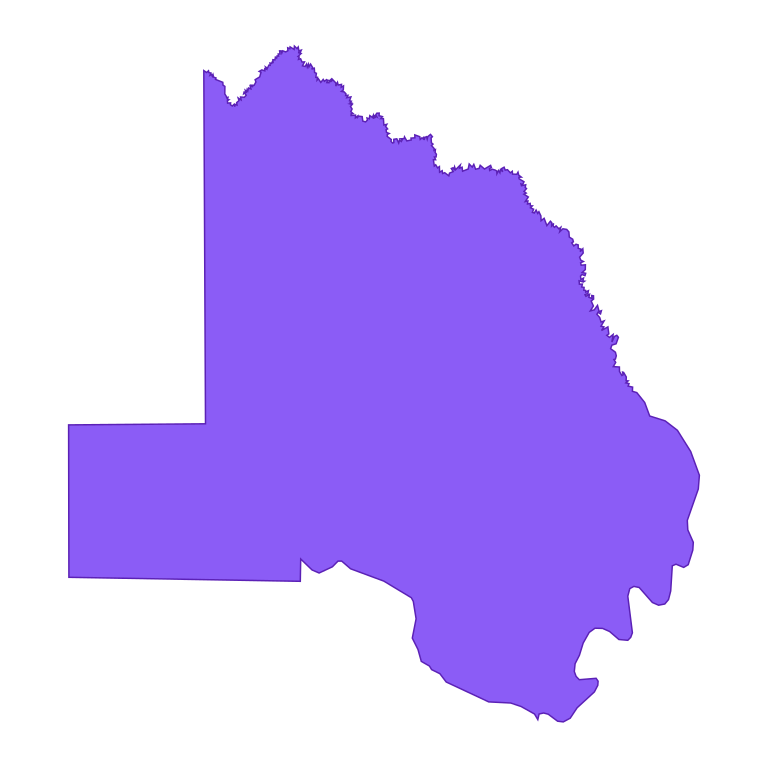 Pilcomayo, Formosa, Argentina
{"feature_id": "61730980B52467636009888", "entity_name": "Pilcomayo", "entity_type": "district", "adm_level": 2, "iso_a3": "ARG", "parent_name": "Argentina", "parent_adm1": "Formosa", "projection": "equal_earth", "projection_center": [-58.184, -25.344], "detail": "fine", "context": "isolated", "style": "filled", "palette": "violet", "viewbox_px": 768, "rotation_deg": 0, "n_neighbors": 0, "source": "geoboundaries", "source_scale": "gbopen_adm2", "svg_char_len": 5985}
<svg xmlns="http://www.w3.org/2000/svg" viewBox="0 0 768 768"><path d="M68.9,577.3L300.3,581.3L300.7,559.0L312.1,570.0L319.1,573.0L332.4,566.8L338.0,561.1L341.7,561.1L350.6,568.8L383.8,581.1L411.3,597.7L413.3,601.4L416.1,618.8L412.3,638.1L418.0,649.5L421.3,661.4L429.4,666.0L431.6,669.6L439.9,673.7L446.2,682.0L488.7,701.9L510.6,703.0L521.1,706.5L534.5,714.0L537.8,719.6L539.1,714.0L543.6,713.0L548.2,714.2L557.6,721.2L563.3,721.9L570.2,718.2L577.1,707.8L594.4,691.9L597.8,685.3L598.1,681.2L596.1,678.3L579.3,679.7L576.1,676.4L574.3,671.5L575.1,663.7L579.4,655.3L583.2,643.0L589.2,632.4L595.0,628.2L602.6,628.4L609.6,631.5L618.9,639.5L627.8,640.3L630.7,637.4L632.4,632.8L627.8,596.2L629.8,588.6L633.9,586.4L639.2,587.5L652.4,602.5L658.6,605.2L664.8,604.0L668.5,599.6L670.7,591.0L672.3,565.8L676.0,564.2L683.7,567.4L688.2,564.7L692.8,550.1L693.3,542.3L687.8,529.9L687.3,520.4L698.3,489.0L699.4,475.3L690.7,451.5L677.4,430.3L665.2,420.9L649.7,416.0L644.7,402.5L636.8,392.6L632.4,391.3L632.6,387.1L628.1,386.1L629.0,383.6L625.9,382.9L628.1,380.9L626.1,380.7L626.3,377.0L623.6,372.4L622.6,372.1L623.1,374.8L621.9,375.5L619.5,371.5L619.4,367.0L613.3,366.6L615.7,362.4L613.9,359.5L615.4,359.1L616.3,355.8L615.4,352.2L610.6,348.7L611.9,345.1L616.1,343.8L618.4,337.3L616.8,335.3L614.4,336.5L611.9,342.0L613.1,334.5L609.4,337.4L606.8,335.3L608.8,333.9L607.9,326.9L601.5,330.5L603.9,326.9L601.0,326.2L604.1,320.9L601.1,322.0L599.7,317.5L596.9,314.3L598.0,312.3L600.5,313.9L601.4,310.7L599.1,311.5L597.5,305.4L594.2,309.9L590.3,310.9L593.4,306.0L591.2,301.0L593.6,299.1L593.5,295.8L591.7,295.5L592.0,298.5L588.9,297.3L589.5,294.3L585.9,296.3L585.0,294.7L587.9,293.5L588.4,290.7L585.7,292.0L585.6,290.4L583.8,290.2L584.1,287.4L581.7,287.0L582.4,284.1L579.4,284.2L579.1,280.8L583.3,282.0L584.5,281.2L582.9,281.0L583.5,278.1L580.9,279.5L580.5,276.1L581.9,274.5L585.0,275.6L585.7,273.3L582.2,272.5L585.3,269.6L585.4,264.8L581.2,265.2L580.6,262.8L583.4,261.5L580.8,260.2L579.6,257.2L583.2,253.0L582.8,248.8L580.2,251.7L580.9,249.1L578.2,248.3L578.2,244.9L576.0,244.2L573.8,245.9L571.7,242.9L573.4,241.8L572.7,239.2L569.3,237.1L568.9,231.9L566.7,229.4L562.9,228.8L559.7,231.8L560.8,227.3L558.9,228.8L556.1,225.9L554.4,227.3L553.1,225.9L553.6,223.4L551.6,225.9L551.7,222.6L550.4,221.2L546.9,225.6L544.1,218.3L541.1,220.7L540.9,215.9L538.9,211.7L537.7,213.4L536.1,210.1L534.3,213.0L532.4,212.4L533.6,209.2L530.5,207.8L532.3,205.9L530.4,205.8L530.2,203.4L527.5,204.0L527.9,200.9L525.3,201.5L528.3,197.0L523.9,194.2L526.2,193.1L524.0,191.4L526.5,188.6L525.2,187.4L525.7,184.8L521.5,185.7L521.0,184.0L522.6,184.6L524.0,181.8L519.1,178.8L518.9,177.3L521.3,177.1L518.7,175.1L518.0,172.2L516.8,174.3L512.5,174.1L512.3,171.3L510.3,172.8L507.5,169.7L505.2,170.1L504.1,167.2L501.4,168.7L502.8,171.7L500.4,169.8L499.9,172.8L498.5,170.5L496.9,173.7L496.7,171.0L495.2,170.1L492.3,169.2L489.7,170.5L489.5,168.6L491.4,167.6L490.6,165.4L484.5,169.0L480.2,165.3L479.1,168.4L475.6,169.2L473.8,164.4L472.2,167.1L469.2,164.0L468.2,169.0L462.6,171.2L462.1,167.2L459.5,168.2L460.3,165.0L455.6,169.7L454.6,166.9L454.1,169.3L453.0,167.8L451.3,168.5L453.2,171.6L449.5,173.1L448.8,175.8L444.7,172.7L442.6,173.5L442.2,170.7L439.6,172.2L439.4,166.6L437.6,167.9L435.7,164.8L434.3,166.0L433.4,159.7L435.6,159.7L434.4,157.0L436.1,156.9L436.4,154.3L435.1,152.4L435.4,149.6L434.0,150.3L434.2,148.6L431.5,145.5L433.0,144.1L431.4,142.8L431.1,137.9L432.4,136.7L430.5,134.4L427.8,136.6L427.2,139.1L426.5,136.7L425.0,137.3L424.1,140.0L423.9,136.6L423.3,138.9L422.0,137.8L420.2,139.4L419.8,136.7L414.8,134.9L414.9,137.8L411.0,138.1L411.2,140.0L406.8,140.9L404.5,136.9L404.1,138.6L400.7,138.8L402.2,139.8L401.3,141.5L399.5,140.0L398.7,143.0L396.8,138.8L393.8,139.3L393.8,142.6L392.5,143.0L391.0,141.4L391.3,139.5L387.2,136.4L387.3,134.5L389.2,133.5L386.5,132.4L386.1,129.7L387.6,128.9L385.6,126.4L386.8,124.3L383.9,125.0L383.4,118.6L380.7,118.6L382.4,116.6L379.1,115.7L379.2,113.1L376.8,113.2L375.7,114.9L376.8,116.9L374.6,115.7L375.1,117.5L373.5,118.1L373.3,115.3L372.3,117.3L369.8,115.6L369.3,118.8L367.0,118.0L367.4,120.1L365.6,121.9L362.8,121.1L362.2,116.6L358.4,116.1L357.1,118.3L357.6,116.1L355.4,117.8L355.5,115.1L351.1,115.5L351.2,113.8L353.0,113.5L350.8,111.6L352.1,109.0L350.5,106.5L352.2,104.4L349.8,103.8L351.7,103.1L350.3,102.5L351.3,101.2L349.5,100.8L350.9,96.9L346.8,97.7L348.0,95.3L345.6,95.5L346.0,93.9L344.2,91.9L341.5,91.4L343.3,90.0L343.5,85.9L341.2,87.2L341.5,84.4L338.2,85.0L337.5,82.4L335.8,86.1L335.9,83.0L331.8,78.7L330.6,79.8L332.4,80.3L330.8,81.6L329.1,80.6L329.0,82.7L326.8,82.6L327.6,80.3L326.6,79.6L324.4,81.3L323.2,79.4L320.8,82.4L318.4,78.8L317.1,80.1L317.5,77.3L315.8,77.3L316.4,73.3L314.6,72.5L314.3,68.2L311.5,69.2L312.9,68.0L310.6,64.1L309.0,66.9L308.5,64.2L307.3,67.1L306.6,64.0L305.1,66.5L302.5,65.8L304.5,61.9L302.0,62.0L300.6,58.8L298.5,59.4L299.2,57.0L298.0,56.5L301.1,53.5L298.1,52.6L300.4,52.2L301.3,50.1L298.9,50.9L298.2,47.0L297.0,48.6L294.4,46.1L294.1,49.4L290.1,46.9L289.8,48.7L287.7,47.8L287.9,50.7L285.7,51.9L282.7,50.8L281.8,53.0L281.2,50.9L279.6,50.9L280.0,53.9L278.2,54.0L278.5,56.1L277.1,55.9L276.6,58.1L275.4,57.2L274.9,59.9L272.9,59.7L273.1,63.2L272.3,61.8L271.5,63.4L270.0,63.0L270.2,65.3L268.9,65.1L267.4,68.2L265.7,67.1L266.6,69.2L264.8,68.6L264.8,70.8L261.8,69.9L259.2,71.4L261.0,72.3L259.7,76.9L255.1,79.7L255.9,82.0L254.1,85.3L251.4,85.2L253.1,86.8L250.2,85.9L250.9,88.9L248.5,88.0L247.8,90.9L247.1,89.6L246.7,91.4L245.4,90.4L246.0,92.3L244.1,92.0L243.7,93.7L244.7,93.0L246.2,95.3L244.3,97.3L240.6,97.0L241.1,99.9L238.2,98.0L239.0,100.6L236.7,102.6L237.0,105.1L235.0,104.3L234.8,106.7L234.1,104.3L232.3,106.0L230.4,104.7L230.6,102.9L227.6,103.1L227.4,100.8L228.8,99.8L227.5,99.6L228.0,97.4L226.1,98.1L227.0,97.5L224.8,93.9L224.9,86.4L223.0,85.1L222.8,82.3L215.5,79.4L216.0,78.0L213.6,77.1L213.0,74.6L212.3,76.2L211.6,74.5L210.0,75.3L210.9,73.0L208.9,72.6L208.5,70.8L206.6,72.5L203.8,70.6L205.5,423.8L68.6,424.9L68.9,577.3Z" fill="#8b5cf6" stroke="#5b21b6" stroke-width="1.5"/></svg>